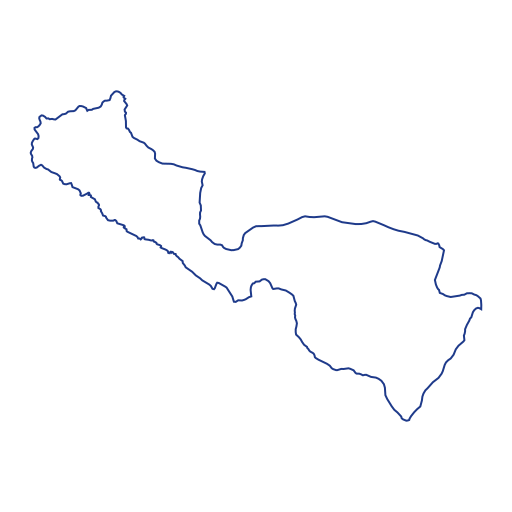 El Guacamayo, Santander, Colombia (Albers equal-area conic projection)
{"feature_id": "7082276B46151472221862", "entity_name": "El Guacamayo", "entity_type": "district", "adm_level": 2, "iso_a3": "COL", "parent_name": "Colombia", "parent_adm1": "Santander", "projection": "albers", "projection_center": [-73.559, 6.254], "detail": "fine", "context": "isolated", "style": "outline", "palette": "blue", "viewbox_px": 512, "rotation_deg": 0, "n_neighbors": 0, "source": "geoboundaries", "source_scale": "gbopen_adm2", "svg_char_len": 6006}
<svg xmlns="http://www.w3.org/2000/svg" viewBox="0 0 512 512"><path d="M409.2,420.0L409.6,418.6L411.1,416.1L414.2,412.2L417.1,409.2L420.3,406.5L421.9,400.5L422.4,396.6L423.5,393.5L425.4,390.3L427.4,388.4L432.9,382.2L438.5,377.9L441.6,373.7L442.8,371.1L444.7,364.9L446.0,362.4L448.2,360.2L450.7,358.5L453.6,354.7L455.8,349.3L458.5,345.7L463.4,341.5L464.4,340.2L463.9,335.5L464.6,333.8L465.1,331.3L465.1,329.2L466.9,324.9L469.3,320.6L470.0,318.6L471.3,317.3L472.9,312.2L474.2,310.2L476.0,308.5L477.9,307.8L479.5,308.2L481.2,309.2L481.3,305.0L481.0,300.4L480.5,298.5L477.9,296.2L476.4,295.2L474.1,294.5L471.8,293.3L469.6,293.2L466.9,293.3L464.3,294.7L461.7,294.9L459.8,295.6L450.7,297.0L446.9,296.1L445.0,295.4L442.9,294.0L439.8,292.9L439.0,289.9L438.1,289.1L437.1,287.5L435.9,284.5L434.9,280.0L439.2,268.8L439.8,267.1L440.0,265.6L441.7,261.1L444.0,250.3L442.9,249.1L439.6,247.1L439.2,245.2L438.3,243.5L437.7,243.3L436.3,243.9L435.0,243.9L429.8,241.8L427.0,240.4L425.6,240.1L424.0,239.2L423.0,238.3L417.8,235.5L404.5,231.9L398.4,230.7L393.5,229.2L388.3,227.2L383.9,225.2L375.2,221.6L373.0,221.1L370.6,221.7L366.3,223.2L361.3,224.0L355.8,224.1L342.0,222.2L327.6,216.8L324.7,216.3L314.1,217.2L309.6,217.0L305.1,216.3L302.1,217.1L297.5,219.5L288.2,223.6L282.9,225.2L278.5,225.6L274.1,225.5L262.2,226.1L256.1,226.2L253.0,227.6L245.2,233.1L243.8,235.0L242.9,238.1L242.8,240.3L241.7,243.3L241.3,245.7L239.8,247.7L238.1,249.1L233.7,250.1L231.3,250.2L226.1,249.0L224.0,247.9L223.0,246.9L222.1,245.3L220.3,244.6L217.3,244.6L214.7,244.0L212.1,242.1L210.6,240.3L204.9,235.9L203.7,234.4L202.7,232.4L200.3,225.3L199.2,223.7L199.2,220.5L200.0,218.7L200.2,216.7L200.0,214.3L200.1,212.4L201.0,210.5L200.8,205.4L199.6,202.6L200.2,192.9L201.2,188.0L202.6,185.3L201.8,181.5L202.1,179.3L203.2,176.2L204.8,173.4L204.5,171.9L200.2,171.6L197.3,171.0L195.0,170.0L192.2,169.2L185.9,167.8L182.6,167.3L176.5,165.5L173.8,164.3L170.9,163.8L162.5,163.6L158.9,162.2L156.4,160.7L154.9,158.5L155.1,153.6L154.6,151.8L153.0,150.2L151.4,149.1L148.3,147.5L146.6,145.8L144.9,143.6L143.8,142.7L139.6,141.2L137.4,139.7L133.8,137.9L132.5,136.8L131.0,132.8L129.9,131.9L129.1,130.1L128.0,128.6L126.6,128.4L126.0,127.3L125.9,121.0L124.9,115.4L125.0,114.9L125.9,113.8L126.0,112.7L124.9,111.6L124.6,109.5L127.2,105.5L126.6,104.1L124.1,101.0L124.3,100.0L125.3,98.8L124.0,97.8L123.5,97.0L124.2,95.9L121.7,94.4L120.6,93.0L119.3,92.1L117.9,91.5L116.1,91.3L114.4,92.0L111.0,95.7L110.4,98.2L109.6,100.1L106.7,100.7L104.9,100.7L103.7,101.4L102.4,102.6L101.8,104.6L100.7,106.5L98.7,107.7L93.1,108.9L91.8,109.8L88.6,109.9L87.3,110.8L86.7,109.6L86.2,108.1L83.0,106.5L81.4,106.1L79.6,106.0L78.5,106.6L75.4,110.3L73.8,111.1L70.0,111.3L68.1,111.7L65.8,113.7L63.7,114.2L62.4,114.3L55.5,119.5L54.1,119.4L52.1,118.9L49.6,119.2L48.4,118.4L46.5,118.5L45.1,116.9L43.0,115.6L41.5,115.4L39.5,116.9L39.2,118.1L39.6,119.7L40.4,121.5L40.7,123.2L39.9,124.7L38.5,126.3L37.1,127.2L35.5,127.2L34.5,127.9L34.6,129.5L38.1,134.2L38.6,136.1L38.4,138.1L37.4,139.1L35.0,138.5L34.0,139.2L32.6,141.4L31.9,142.9L31.8,144.5L33.1,147.4L32.9,148.9L31.2,151.2L30.7,152.9L31.1,154.2L32.1,155.7L32.4,157.4L32.0,158.6L31.9,160.5L32.3,161.7L33.2,163.1L33.7,166.6L34.2,167.4L35.2,167.9L36.7,167.6L39.0,165.8L41.0,164.8L42.2,165.4L44.1,167.6L46.5,169.0L48.0,169.4L51.3,172.0L55.0,173.3L57.0,174.1L59.6,176.3L60.2,177.4L59.8,179.4L60.2,180.0L61.1,180.2L62.0,181.0L63.2,183.6L64.4,184.1L66.4,184.3L70.0,183.2L71.1,183.1L71.7,184.5L72.5,187.1L78.0,189.2L79.5,190.4L80.8,193.3L80.4,194.4L80.4,195.1L81.3,195.8L83.0,195.7L87.3,193.5L88.4,192.7L89.1,192.8L89.4,193.4L88.9,194.0L88.7,195.0L90.6,195.2L91.0,195.8L90.9,197.0L94.9,199.3L95.8,201.6L96.9,202.5L97.5,202.6L98.0,203.5L98.9,204.4L99.0,205.3L98.4,206.6L98.4,208.0L100.4,209.2L101.0,210.2L100.9,211.2L102.2,213.3L103.0,215.5L105.3,216.2L105.9,216.7L106.1,217.6L108.0,220.2L110.3,220.7L112.2,220.7L113.5,220.6L114.5,220.0L115.3,220.1L116.3,221.0L117.3,223.3L122.2,224.8L123.8,225.3L124.6,225.9L124.7,226.5L123.9,226.6L123.7,227.3L124.4,228.1L126.5,229.3L126.6,231.0L127.3,231.7L136.3,236.0L137.5,237.1L138.2,238.5L139.7,238.5L140.7,239.4L141.8,238.3L141.9,237.7L143.4,237.3L144.2,237.4L144.5,239.0L145.0,239.3L148.7,239.8L150.8,240.4L152.2,240.5L152.9,240.1L153.5,240.4L153.7,241.2L154.3,241.9L155.0,241.9L156.4,242.8L156.5,243.6L157.2,244.3L159.8,245.1L161.1,246.0L161.1,246.8L160.7,247.5L161.5,248.0L164.9,249.3L166.6,250.1L167.8,251.1L168.1,251.8L168.2,252.8L169.1,253.2L169.9,252.3L170.5,251.9L171.1,252.9L171.6,252.5L171.9,251.9L172.7,252.1L174.0,253.9L175.6,254.0L175.8,255.0L176.8,256.2L178.2,257.2L179.4,258.7L182.6,261.1L182.8,263.0L184.8,265.5L185.7,267.3L192.2,271.8L195.8,275.4L200.1,278.3L202.2,280.3L209.2,284.5L210.8,285.9L212.5,288.8L214.0,289.2L214.8,288.2L215.6,286.0L216.6,283.5L217.2,282.7L218.8,283.0L225.2,286.6L226.6,287.6L232.3,296.5L233.9,301.7L235.7,301.9L238.2,300.3L242.0,300.5L244.1,299.9L245.8,299.2L248.9,297.2L251.3,296.4L250.6,289.9L250.9,287.3L251.5,285.5L252.8,283.5L254.3,283.2L255.7,281.7L259.6,281.4L261.9,279.6L263.7,279.2L265.3,279.2L268.6,281.2L270.2,283.2L272.4,288.2L273.2,289.0L276.9,288.4L278.7,288.4L281.2,289.4L285.8,290.5L289.3,292.6L291.9,294.4L293.4,295.8L294.8,301.1L295.7,302.9L296.2,304.7L294.9,308.6L294.7,310.8L294.9,312.5L294.7,314.1L295.2,315.4L295.0,317.4L295.5,319.2L296.3,320.9L296.9,323.3L296.4,326.5L295.7,329.2L295.7,332.1L296.1,334.6L298.9,337.2L300.7,339.4L302.2,342.1L304.1,344.8L307.0,346.9L307.3,348.0L308.4,349.1L309.2,350.5L310.3,351.6L312.7,352.9L313.7,353.7L314.5,355.3L314.9,357.2L315.7,358.0L318.5,359.7L327.0,363.8L329.8,365.7L331.7,368.2L333.1,369.1L336.0,370.1L337.4,370.1L341.3,368.9L343.5,369.0L348.5,368.3L350.2,368.8L353.6,370.3L355.5,372.9L356.5,373.6L359.3,373.7L361.0,374.3L362.9,375.3L364.5,374.9L366.2,374.8L371.0,376.9L375.9,377.6L378.6,378.8L381.4,380.8L383.9,384.2L384.9,387.7L385.4,395.2L387.2,399.0L391.7,406.3L394.3,409.8L397.4,412.4L401.2,416.5L401.7,418.3L403.1,419.4L406.3,420.7L407.8,420.5L409.2,420.0Z" fill="none" stroke="#1e3a8a" stroke-width="2"/></svg>